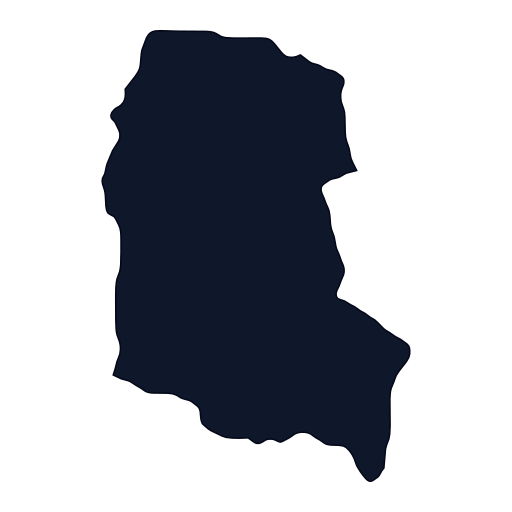 outline of El Cercado, San Juan, Dominican Republic
{"feature_id": "3306468B41168482841480", "entity_name": "El Cercado", "entity_type": "district", "adm_level": 2, "iso_a3": "DOM", "parent_name": "Dominican Republic", "parent_adm1": "San Juan", "projection": "equal_earth", "projection_center": [-71.477, 18.706], "detail": "fine", "context": "isolated", "style": "filled", "palette": "ink", "viewbox_px": 512, "rotation_deg": 0, "n_neighbors": 0, "source": "geoboundaries", "source_scale": "gbopen_adm2", "svg_char_len": 3672}
<svg xmlns="http://www.w3.org/2000/svg" viewBox="0 0 512 512"><path d="M222.3,436.1L225.9,437.3L231.5,438.0L238.8,438.2L248.2,437.9L253.7,442.0L255.7,443.1L256.8,443.4L259.0,443.4L260.1,443.1L262.1,442.2L265.8,439.9L266.9,439.5L269.2,439.1L271.5,439.1L273.8,439.5L275.8,440.3L278.5,441.6L280.3,442.1L282.1,441.6L288.8,438.1L290.8,436.8L294.6,434.1L296.8,433.1L299.1,432.5L301.5,432.2L305.2,432.3L307.6,432.8L309.9,433.6L310.9,434.2L315.6,437.6L319.8,440.0L324.6,443.3L326.7,444.3L330.3,445.0L338.8,445.3L341.2,445.6L343.6,446.1L345.8,447.3L346.9,448.2L348.8,450.1L350.6,452.3L352.2,454.7L354.2,458.6L356.6,465.4L358.0,467.9L360.3,471.6L362.8,475.0L365.3,478.1L367.1,479.9L369.1,481.1L370.1,481.3L371.2,481.2L372.1,480.9L373.8,479.9L378.1,476.8L379.5,475.0L381.7,470.9L383.9,468.1L385.5,449.2L386.6,445.0L388.9,438.8L389.7,434.1L390.1,425.9L389.9,398.8L390.2,393.8L390.6,390.6L391.4,387.8L393.9,381.7L395.3,377.7L396.5,375.0L398.9,371.3L406.2,361.9L408.5,358.1L409.1,356.6L409.7,353.8L409.8,350.9L409.5,348.2L409.1,346.9L408.5,345.7L407.0,344.0L400.7,339.4L395.4,336.6L389.6,332.6L385.4,330.1L383.4,328.4L377.6,322.5L374.6,319.8L370.4,317.4L364.7,313.2L360.4,310.9L354.7,306.8L350.4,304.6L344.5,301.0L338.6,299.0L337.7,298.4L337.0,297.5L336.4,296.4L336.2,295.1L336.1,293.8L336.3,292.5L337.0,290.3L339.1,285.9L341.0,280.8L343.5,274.9L344.1,272.2L344.1,269.3L343.9,267.8L343.2,265.3L341.2,260.6L339.3,255.2L336.7,249.1L335.9,246.4L334.6,239.1L334.0,236.3L331.7,230.0L331.0,227.3L330.5,224.3L329.8,215.2L329.0,210.8L328.1,208.2L325.9,203.3L324.0,198.1L322.0,193.6L321.3,191.3L321.1,190.0L321.1,188.6L321.4,187.4L321.8,186.2L322.5,185.2L324.1,183.8L329.4,180.1L331.6,179.1L337.3,177.8L339.6,177.0L344.5,174.1L346.6,173.1L356.7,170.5L352.8,162.7L351.2,159.0L350.5,156.2L349.2,148.9L348.4,146.3L346.6,141.3L345.6,136.9L345.2,132.0L344.9,117.2L344.5,112.3L343.8,109.3L341.2,101.8L340.7,97.4L340.7,94.4L341.1,91.6L341.8,89.0L343.1,85.7L343.8,83.5L343.9,80.9L343.7,79.7L343.3,78.5L341.9,76.7L335.8,72.2L332.6,70.8L326.8,69.4L324.7,68.5L319.7,65.6L317.5,64.7L312.9,63.5L310.7,62.6L308.7,61.3L300.4,54.9L296.4,56.6L292.8,57.3L289.2,57.2L286.8,56.6L285.7,56.1L283.5,54.5L281.5,52.5L275.0,44.4L272.1,41.3L269.9,39.7L268.7,39.1L266.2,38.4L261.1,38.0L234.2,38.1L226.1,37.7L223.5,37.2L221.0,36.4L216.1,33.5L213.8,32.5L211.3,31.9L207.2,31.4L178.3,31.2L160.4,30.7L155.1,31.0L152.5,31.7L150.3,32.9L148.5,34.6L146.5,37.8L142.7,47.9L141.8,50.5L141.3,53.7L140.3,65.1L139.6,68.3L139.1,69.8L137.7,72.5L135.2,76.3L125.2,89.1L125.4,94.0L125.2,97.0L124.5,99.8L123.4,102.2L121.0,105.0L119.2,106.4L116.2,108.0L114.3,109.5L111.9,112.4L111.0,114.8L110.9,116.1L111.1,117.2L111.5,118.2L112.0,119.0L114.5,121.6L115.1,122.4L118.8,130.0L119.6,132.5L119.9,133.9L119.8,136.8L119.6,138.3L118.6,141.0L112.6,150.6L107.3,163.3L106.5,165.9L104.8,173.7L102.6,178.1L102.2,180.4L102.2,181.7L102.6,184.1L104.5,190.1L105.1,193.1L105.4,196.3L105.9,205.9L106.6,210.3L107.7,212.6L108.4,213.4L110.1,214.5L113.5,216.3L114.3,216.9L115.6,218.8L118.4,224.3L119.9,228.0L120.6,231.3L120.9,234.7L121.0,240.0L121.0,252.5L120.7,264.8L120.3,268.2L119.7,271.5L117.0,279.0L116.4,282.1L115.9,287.1L115.7,295.7L115.8,320.0L116.1,328.5L116.4,331.8L117.1,335.0L119.3,341.1L120.0,343.9L120.4,346.8L120.4,349.8L119.8,354.2L117.0,361.6L115.2,368.7L113.2,375.0L121.2,378.8L128.1,380.7L130.3,381.6L136.1,385.4L140.3,387.8L145.1,391.1L147.3,392.1L149.8,392.7L152.3,393.0L167.8,393.2L172.8,393.8L176.3,395.1L181.2,398.0L183.4,398.8L189.1,400.4L191.3,401.4L197.5,406.2L199.0,408.0L199.5,409.1L200.2,411.6L200.8,418.3L201.3,420.9L202.2,423.3L202.8,424.2L207.9,428.6L210.8,430.6L222.3,436.1Z" fill="#0f172a" stroke="#020617" stroke-width="1.5"/></svg>